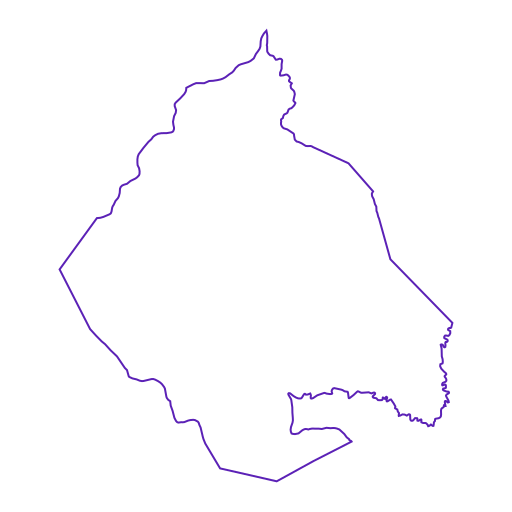 the district of San Antonio de Cortes, Cortés, Honduras
{"feature_id": "27666195B17830621331766", "entity_name": "San Antonio de Cortes", "entity_type": "district", "adm_level": 2, "iso_a3": "HND", "parent_name": "Honduras", "parent_adm1": "Cortés", "projection": "robinson", "projection_center": [-87.991, 15.14], "detail": "fine", "context": "isolated", "style": "outline", "palette": "violet", "viewbox_px": 512, "rotation_deg": 0, "n_neighbors": 0, "source": "geoboundaries", "source_scale": "gbopen_adm2", "svg_char_len": 6047}
<svg xmlns="http://www.w3.org/2000/svg" viewBox="0 0 512 512"><path d="M266.4,30.7L263.9,33.5L262.3,36.2L261.3,38.3L260.7,41.3L260.4,46.4L259.6,48.8L258.0,51.2L255.9,54.0L253.8,58.4L250.6,60.9L248.3,62.1L240.8,64.3L238.7,65.2L235.6,68.0L233.8,70.7L232.2,72.4L229.4,74.2L225.5,77.2L222.9,78.6L220.7,79.4L217.5,80.1L213.0,80.8L209.2,81.0L204.2,83.2L196.2,83.1L193.4,84.2L186.3,87.8L186.1,90.4L185.5,92.0L184.2,94.1L180.2,98.4L175.6,102.7L174.7,104.2L174.7,106.1L176.1,110.1L175.7,112.9L174.1,116.1L173.0,121.7L173.4,124.9L174.0,127.5L174.0,129.1L173.3,131.0L172.6,131.8L171.2,132.4L166.8,133.1L161.3,133.2L158.0,133.8L155.2,135.2L153.2,136.7L151.3,139.3L148.5,141.8L143.5,147.8L138.7,154.2L137.8,156.5L137.4,159.3L137.4,162.4L137.6,165.2L139.1,168.3L139.6,171.3L139.5,173.9L139.0,175.3L137.1,177.3L135.5,178.5L130.4,181.0L127.0,183.8L124.0,184.7L122.2,185.5L120.7,187.0L120.0,188.7L119.7,193.0L118.8,196.4L117.9,198.2L115.5,200.9L113.7,204.8L112.7,206.3L112.2,207.6L111.5,211.6L110.8,213.4L109.5,214.3L103.4,216.9L100.3,217.8L96.9,218.1L59.6,269.4L90.1,329.1L96.2,335.8L101.7,341.4L105.1,344.2L110.6,350.3L117.0,356.4L124.8,367.9L127.0,370.1L128.7,376.2L129.2,376.9L132.4,378.4L136.6,379.4L139.8,380.7L141.9,381.1L143.5,381.0L151.4,379.1L153.2,379.0L155.1,379.6L158.0,381.1L160.3,382.6L162.0,384.2L164.1,387.0L164.9,388.6L166.4,396.8L166.8,397.9L168.2,399.8L170.2,401.2L170.7,405.6L172.6,410.9L174.4,417.8L176.0,420.9L177.1,422.1L178.3,422.6L181.3,422.2L182.5,422.3L184.3,422.1L188.1,420.6L190.1,420.1L193.2,419.8L195.0,420.1L197.8,421.6L198.6,422.6L199.5,425.2L200.6,427.5L202.7,436.4L203.4,438.9L205.3,443.6L220.1,468.4L276.7,481.3L313.6,461.0L351.6,441.6L351.3,441.1L349.6,440.2L349.2,439.8L349.1,439.2L346.7,437.3L344.3,434.0L339.4,429.5L336.8,428.5L335.0,428.1L333.1,428.0L330.5,428.2L326.5,427.8L321.8,429.0L319.1,428.7L312.0,428.6L309.7,429.0L308.3,429.5L306.9,429.1L305.2,429.0L304.0,429.4L302.4,430.2L298.5,433.4L295.0,434.1L292.9,433.9L291.6,433.5L290.9,431.8L290.6,429.7L291.0,427.0L292.5,422.7L292.9,420.4L292.8,417.8L292.4,412.7L292.3,407.3L291.3,400.1L291.0,399.1L288.4,394.6L288.3,393.7L288.7,393.2L289.5,393.2L290.2,393.4L293.6,396.1L296.1,397.6L298.2,398.4L299.8,398.5L301.0,398.4L301.8,397.8L303.7,394.7L304.4,393.9L305.1,393.9L305.8,394.6L306.7,394.6L307.8,394.5L310.2,393.5L310.6,394.3L310.9,395.4L310.7,397.0L310.7,398.0L311.1,398.5L311.9,398.5L313.1,398.1L317.3,395.3L323.9,393.0L324.7,392.9L326.6,393.6L330.1,394.1L331.8,393.9L332.2,393.4L331.6,391.2L331.9,390.1L332.9,388.6L334.2,388.1L341.1,389.6L342.6,390.1L344.5,391.3L347.6,391.8L348.0,392.7L348.6,397.4L348.8,398.1L349.2,398.2L350.0,397.8L353.6,395.0L357.0,391.8L357.8,391.3L358.6,391.5L360.7,392.6L361.8,392.8L368.7,392.3L371.4,393.4L373.5,392.6L374.5,392.6L375.1,393.2L375.0,394.1L373.0,396.0L372.7,396.6L372.8,397.1L373.4,397.7L376.4,398.3L378.0,400.1L379.9,400.2L381.9,400.1L382.5,399.5L382.7,398.6L382.7,397.8L382.9,397.5L383.7,397.8L384.3,398.7L385.0,398.9L385.3,398.6L385.8,397.2L386.3,396.8L386.8,397.0L387.2,397.8L386.5,399.9L386.5,400.8L386.8,401.3L387.6,401.3L390.2,399.6L391.0,399.5L393.8,403.6L395.3,406.3L395.4,406.8L395.1,407.5L395.1,408.3L397.3,409.5L397.8,411.5L399.0,413.1L398.7,415.4L398.8,415.9L400.1,415.6L402.5,414.4L404.7,414.6L406.8,415.6L408.7,414.3L409.3,414.3L409.9,414.6L410.1,415.0L410.3,419.3L410.7,420.2L411.2,420.7L412.1,420.8L413.1,420.4L415.1,418.1L417.1,418.2L417.4,418.7L417.3,420.1L417.5,420.7L418.6,420.8L420.3,419.6L421.2,419.5L421.4,419.8L421.3,421.6L421.4,422.3L423.1,423.0L425.4,423.0L426.2,423.3L427.8,425.0L427.9,425.7L428.2,426.2L429.6,425.7L430.5,424.8L430.9,424.5L432.6,425.9L433.4,425.9L433.7,424.7L433.9,422.5L434.3,421.7L434.9,421.1L435.1,419.1L435.8,418.7L438.7,418.2L440.1,417.4L440.8,416.5L441.1,414.6L441.0,410.6L441.3,409.0L441.7,408.4L443.6,407.1L443.9,405.5L444.2,404.9L444.7,404.8L444.9,405.8L445.2,406.0L445.5,406.0L444.8,402.2L444.9,401.3L445.3,401.0L445.9,401.0L447.9,402.5L448.8,402.1L448.4,400.5L446.2,396.4L446.0,395.6L446.5,394.6L448.8,393.2L449.0,392.8L448.9,392.2L448.5,391.7L446.5,391.5L443.8,390.5L443.1,390.0L442.9,389.4L443.2,388.6L445.4,388.1L445.9,387.7L445.9,385.6L445.6,384.8L445.0,384.5L442.6,385.4L442.3,385.3L442.1,384.8L442.2,383.9L442.8,382.9L445.5,381.8L446.3,380.8L446.4,380.0L446.2,379.0L445.6,377.9L444.8,376.9L444.6,376.3L444.8,375.8L446.2,374.5L446.3,374.1L445.8,373.1L444.0,371.6L441.3,368.7L440.2,366.4L440.2,365.3L440.4,364.2L442.5,363.4L442.7,362.8L442.8,361.7L442.6,359.2L441.8,356.4L441.6,348.5L440.7,344.8L441.2,344.4L442.1,344.5L443.0,345.2L443.5,346.5L444.1,347.1L444.7,347.3L445.3,346.9L445.5,345.5L445.3,343.2L445.4,342.4L445.8,341.9L446.6,342.0L447.2,341.7L447.6,341.2L447.7,340.6L447.5,339.9L446.9,339.4L444.4,338.2L444.2,337.6L444.2,336.9L444.7,336.0L445.2,335.5L446.1,335.5L448.2,335.9L448.9,335.5L449.6,334.7L450.3,333.1L450.2,331.1L448.2,330.0L448.0,329.2L448.3,328.6L448.9,328.2L449.7,327.9L450.6,328.0L451.2,327.6L452.4,322.9L390.4,259.3L379.0,218.4L378.3,216.9L377.3,212.9L376.5,211.0L376.3,206.6L374.9,204.0L373.7,199.2L372.2,196.4L371.9,194.7L371.9,193.4L373.1,191.4L348.5,163.3L313.0,147.1L311.7,146.3L310.5,146.0L307.4,146.1L305.7,145.9L301.6,143.3L298.7,142.0L296.6,141.5L294.8,139.6L294.1,135.8L294.0,134.4L293.5,133.5L287.3,129.4L283.8,128.3L282.9,127.6L281.9,126.4L281.3,125.2L281.0,124.2L281.0,122.7L281.2,121.7L281.0,120.1L281.1,119.4L282.9,118.0L283.3,116.1L284.1,114.6L284.8,114.2L286.6,113.4L287.4,112.7L288.6,109.5L289.7,108.7L291.4,108.2L292.4,107.3L294.2,105.4L295.4,103.1L295.3,102.7L293.8,101.3L293.4,100.5L294.8,94.3L294.7,93.5L294.3,91.9L293.8,90.8L291.2,88.4L290.9,87.8L290.6,85.5L291.8,83.3L289.6,81.8L289.0,81.1L289.0,80.3L289.8,78.9L289.9,78.3L289.8,77.5L289.3,76.6L287.7,75.0L286.8,74.6L285.7,74.6L283.5,75.3L281.0,75.6L280.4,75.6L280.0,75.1L280.1,72.6L280.9,70.8L281.6,68.7L281.6,64.1L282.2,60.8L282.0,59.8L281.0,58.9L279.6,58.7L276.8,59.7L275.8,59.7L273.5,56.2L272.8,55.8L270.1,55.2L268.6,53.7L267.4,51.9L267.2,51.2L267.1,46.4L266.8,45.2L267.2,43.1L267.3,36.0L267.0,33.7L266.4,30.7Z" fill="none" stroke="#5b21b6" stroke-width="2"/></svg>